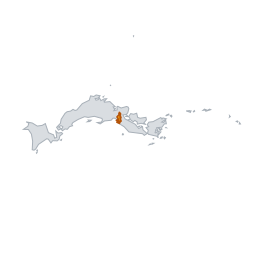 location of Kyōto within Japan, rotated 226°
{"feature_id": "JPN-1850", "entity_name": "Kyōto", "entity_type": "Urban Prefecture", "adm_level": 1, "iso_a3": "JPN", "parent_name": "Japan", "parent_adm1": "", "projection": "albers", "projection_center": [135.379, 35.234], "detail": "fine", "context": "in_parent", "style": "filled", "palette": "amber", "viewbox_px": 256, "rotation_deg": 226, "n_neighbors": 0, "source": "natural_earth", "source_scale": "10m", "svg_char_len": 5335}
<svg xmlns="http://www.w3.org/2000/svg" viewBox="0 0 256 256"><g transform="rotate(226 128 128)"><path d="M174.8,76.5L178.1,77.1L178.3,82.6L180.7,86.0L182.3,92.9L182.0,95.5L180.0,98.5L179.6,101.4L177.4,102.1L176.5,103.7L177.3,112.0L174.9,119.4L177.1,123.4L174.4,125.3L173.9,128.0L170.6,130.3L170.3,127.2L172.0,124.8L170.2,124.3L169.1,126.3L169.4,128.4L166.5,127.5L165.5,131.1L163.9,133.0L163.6,130.1L164.3,129.7L163.0,128.9L159.6,133.3L152.1,133.6L153.5,132.0L151.4,131.5L150.8,132.4L150.3,129.8L148.5,132.8L150.9,134.8L150.7,135.7L147.2,136.9L144.4,142.0L142.9,142.6L141.3,142.0L139.1,138.4L138.9,136.1L141.0,133.4L136.5,132.2L125.8,135.8L120.2,135.4L118.9,139.4L116.3,137.5L110.7,137.9L111.4,134.6L113.8,134.5L124.5,125.9L131.5,126.1L139.4,124.2L140.4,126.0L144.3,125.3L145.5,124.0L145.3,121.2L149.4,116.0L150.3,110.8L153.3,109.6L150.7,113.0L151.5,115.2L153.0,115.9L159.8,111.9L163.3,106.7L166.3,104.6L168.8,98.1L170.2,92.0L169.7,90.1L168.1,89.7L169.6,86.9L169.2,83.5L171.1,82.0L171.6,78.9L173.1,79.1L174.0,82.0L176.3,81.5L176.9,78.8L174.2,79.5L174.1,78.6L174.8,76.5ZM190.7,54.3L196.1,55.3L199.7,51.8L198.8,57.2L200.3,60.0L203.2,59.0L198.1,62.6L192.4,64.1L189.5,68.1L188.6,71.6L179.9,67.5L174.8,69.7L171.6,68.2L170.8,70.3L176.0,74.0L173.0,74.1L170.8,77.1L169.3,77.0L169.6,73.5L167.8,70.6L167.9,68.2L171.2,65.0L170.8,62.2L175.3,62.9L176.7,62.1L178.4,52.3L177.0,47.0L177.3,45.0L178.9,44.0L184.8,50.3L190.7,54.3ZM112.3,141.0L115.8,141.2L114.6,143.8L117.1,144.1L117.7,147.1L115.2,150.4L112.7,158.9L110.8,158.6L111.0,160.1L108.0,161.9L108.9,156.3L107.3,157.4L107.4,160.5L104.4,158.5L105.7,157.0L105.0,153.0L108.3,148.9L107.3,148.5L107.7,147.1L105.8,144.2L105.0,144.7L105.2,146.8L106.2,146.9L106.3,148.1L104.3,147.4L102.3,148.9L101.9,144.9L104.0,146.7L101.3,143.5L109.3,138.3L110.9,138.8L112.3,141.0ZM131.2,135.5L135.8,136.5L136.5,139.9L134.0,141.6L132.6,144.5L128.9,142.3L126.6,143.5L123.2,148.3L121.1,146.9L120.6,142.7L118.0,143.4L122.3,140.7L124.3,137.4L126.0,138.8L128.7,138.2L128.8,136.3L131.2,135.5ZM88.5,196.1L85.5,197.5L84.9,199.8L83.7,200.2L86.0,195.6L87.4,195.9L88.6,194.2L88.5,196.1ZM161.3,105.0L159.1,107.0L159.2,105.0L160.8,103.0L160.5,105.0L161.3,105.0ZM99.9,181.7L97.4,184.7L96.0,183.7L99.9,181.7ZM104.3,151.8L103.5,151.7L103.9,149.4L105.0,149.3L104.3,151.8ZM137.8,136.1L136.0,136.0L138.3,134.0L137.6,135.2L137.8,136.1ZM107.3,168.0L106.0,167.9L105.7,166.9L107.5,166.9L107.3,168.0ZM101.2,132.8L99.8,134.1L101.2,131.6L101.2,132.8ZM109.7,167.0L109.1,166.6L110.5,163.5L110.5,165.0L109.7,167.0ZM94.9,146.7L96.0,147.0L96.4,147.9L95.0,148.2L94.9,146.7ZM100.2,134.9L99.1,135.9L99.4,134.5L100.2,134.9ZM54.4,212.0L52.8,211.7L53.6,210.8L54.4,212.0ZM127.6,120.3L126.7,120.5L126.5,119.6L127.1,119.2L127.6,120.3ZM97.7,146.5L97.2,145.5L98.1,144.1L98.5,145.3L97.7,146.5ZM57.6,210.5L57.0,211.7L56.3,211.7L56.0,210.9L57.6,210.5ZM94.5,187.8L93.8,187.7L93.9,186.4L94.3,186.3L94.5,187.8ZM175.3,47.4L174.4,47.1L174.3,46.7L175.0,46.5L175.3,47.4ZM107.0,149.6L105.8,150.4L105.5,150.0L107.0,149.6ZM165.9,72.2L165.4,71.3L166.2,71.0L165.9,72.2ZM119.4,139.1L120.1,138.8L121.0,138.8L119.4,139.1ZM173.8,44.8L173.7,46.2L173.3,44.7L173.8,44.8ZM100.9,143.0L99.9,143.9L101.3,142.5L100.9,143.0ZM66.4,209.6L65.1,209.5L65.3,208.4L65.6,209.0L66.4,209.6ZM102.9,138.7L102.2,139.4L102.5,138.5L102.9,138.7ZM133.7,134.0L133.2,134.9L132.8,134.1L133.7,134.0ZM96.6,184.3L96.4,184.9L96.1,184.1L96.6,184.3ZM167.8,131.5L167.6,132.3L167.4,131.6L167.8,131.5ZM102.1,155.7L101.5,155.8L102.1,155.3L102.1,155.7ZM121.7,136.7L121.7,137.5L121.1,137.4L121.7,136.7ZM171.4,145.1L170.8,145.2L170.8,144.9L171.4,145.1ZM190.5,195.8L190.6,196.5L190.1,195.7L190.5,195.8Z" fill="#d9dde1" stroke="#a8b0b8" stroke-width="1"/><path d="M137.4,124.9L137.5,124.9L137.5,125.0L137.8,125.1L137.9,124.9L138.0,124.9L138.2,124.7L138.4,124.6L138.5,124.6L138.8,124.4L139.2,124.2L139.5,124.1L139.8,124.0L140.0,124.3L140.2,124.5L140.3,124.7L140.3,124.8L140.1,124.8L139.9,125.1L139.8,125.3L139.6,125.5L139.5,125.8L139.7,125.7L139.8,125.5L140.0,125.6L139.9,125.7L139.9,125.9L140.3,126.1L140.5,126.1L140.4,126.3L140.4,126.5L140.5,126.6L140.5,126.4L140.9,126.4L140.9,126.1L140.7,126.2L140.5,125.9L140.7,125.7L140.9,125.7L141.0,125.7L141.3,125.4L141.3,125.5L141.5,125.7L141.4,125.9L141.3,126.0L141.2,126.1L141.3,126.3L141.2,126.5L141.3,126.7L141.5,127.0L141.8,127.3L142.8,127.6L143.2,127.5L143.4,127.7L143.8,128.1L143.7,128.5L143.8,129.0L143.8,129.3L143.7,130.2L143.7,130.3L143.8,130.4L143.9,130.6L143.9,130.8L144.0,130.9L144.0,131.0L144.0,131.3L144.3,131.4L144.5,131.4L144.5,131.5L144.8,131.7L144.9,131.8L145.0,132.1L145.2,132.6L144.9,132.7L144.7,132.6L144.3,132.5L144.2,132.6L143.9,132.7L143.7,132.7L143.4,132.5L143.2,132.4L143.0,132.2L143.0,131.8L142.9,131.7L142.6,131.1L142.4,131.0L142.2,130.9L142.1,130.7L142.0,130.8L142.0,131.0L141.8,131.0L141.6,130.9L141.4,130.6L141.2,130.4L140.9,130.4L140.7,130.3L140.5,130.2L140.8,129.9L140.9,129.6L140.8,129.4L140.6,129.2L140.3,129.2L140.2,129.2L139.9,129.0L139.6,128.9L139.4,128.6L139.3,128.3L139.2,128.3L138.9,128.4L138.7,128.3L138.4,128.2L138.2,128.0L138.0,127.9L137.8,127.9L137.7,127.7L137.8,127.4L137.8,127.2L138.0,127.2L138.2,127.3L138.3,127.3L138.5,127.2L138.6,126.9L138.6,126.4L138.6,126.2L138.4,126.0L138.1,126.2L137.8,126.2L137.7,126.1L137.5,125.8L137.4,125.7L137.4,125.4L137.4,125.2L137.4,124.9Z" fill="#f59e0b" stroke="#b45309" stroke-width="1.5"/></g></svg>